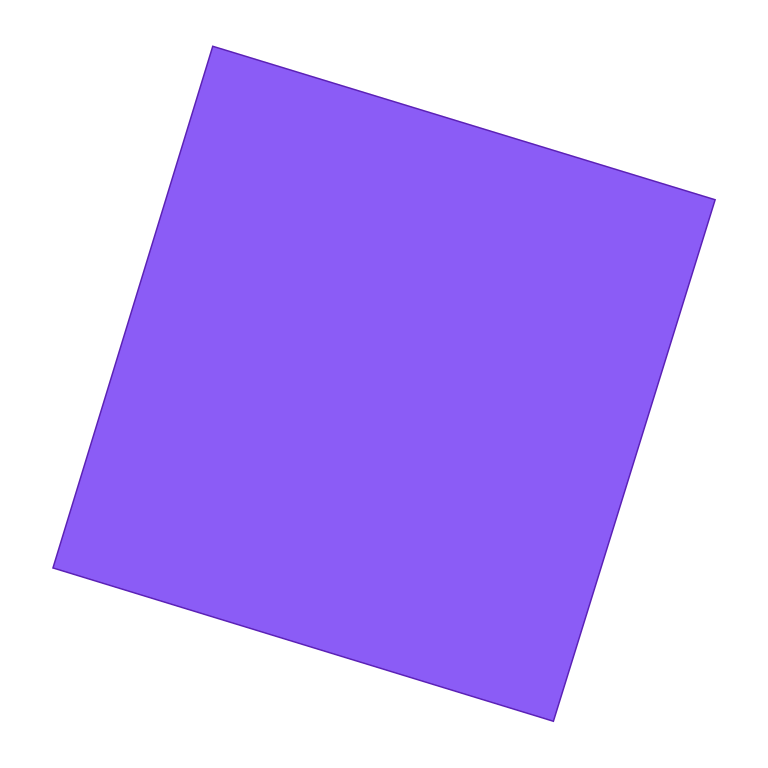 Buena Vista, Iowa, United States of America, rotated 287°
{"feature_id": "52423323B32669676915102", "entity_name": "Buena Vista", "entity_type": "district", "adm_level": 2, "iso_a3": "USA", "parent_name": "United States of America", "parent_adm1": "Iowa", "projection": "equal_earth", "projection_center": [-95.199, 42.735], "detail": "fine", "context": "isolated", "style": "filled", "palette": "violet", "viewbox_px": 768, "rotation_deg": 287, "n_neighbors": 0, "source": "geoboundaries", "source_scale": "gbopen_adm2", "svg_char_len": 231}
<svg xmlns="http://www.w3.org/2000/svg" viewBox="0 0 768 768"><g transform="rotate(287 384 384)"><path d="M111.3,121.2L111.0,644.6L657.0,646.8L656.9,121.5L111.3,121.2Z" fill="#8b5cf6" stroke="#5b21b6" stroke-width="1.5"/></g></svg>